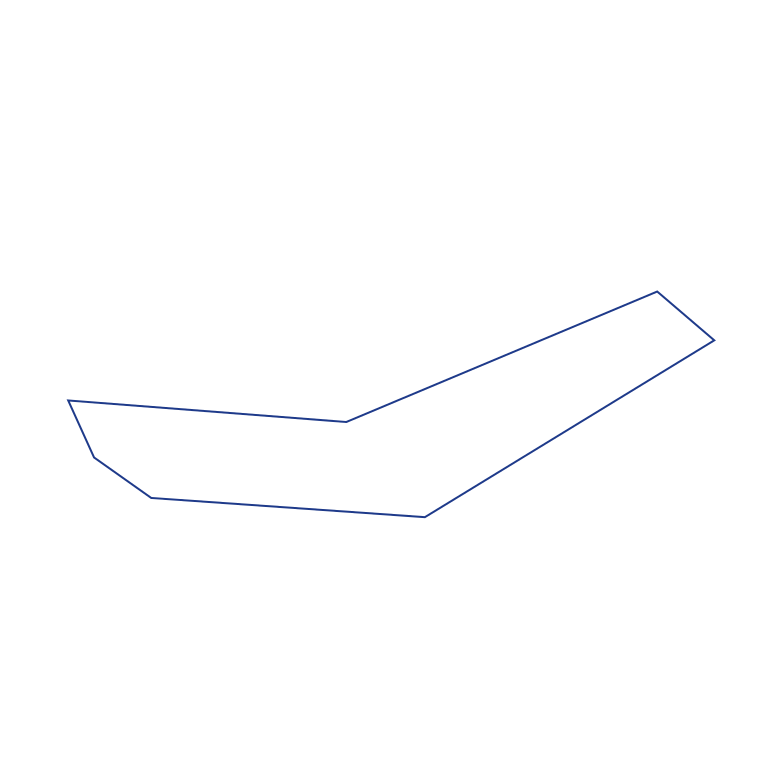 Bermuda, Albers equal-area conic projection, rotated 28°
{"feature_id": "BMU", "entity_name": "Bermuda", "entity_type": "country or territory", "adm_level": 0, "iso_a3": "BMU", "parent_name": "North America", "parent_adm1": "", "projection": "albers", "projection_center": [-64.765, 32.323], "detail": "fine", "context": "isolated", "style": "outline", "palette": "blue", "viewbox_px": 768, "rotation_deg": 28, "n_neighbors": 0, "source": "natural_earth", "source_scale": "50m", "svg_char_len": 261}
<svg xmlns="http://www.w3.org/2000/svg" viewBox="0 0 768 768"><g transform="rotate(28 384 384)"><path d="M482.6,482.4L232.0,593.9L162.5,585.0L112.9,546.8L368.5,435.3L581.8,174.1L655.1,190.4L482.6,482.4Z" fill="none" stroke="#1e3a8a" stroke-width="2"/></g></svg>